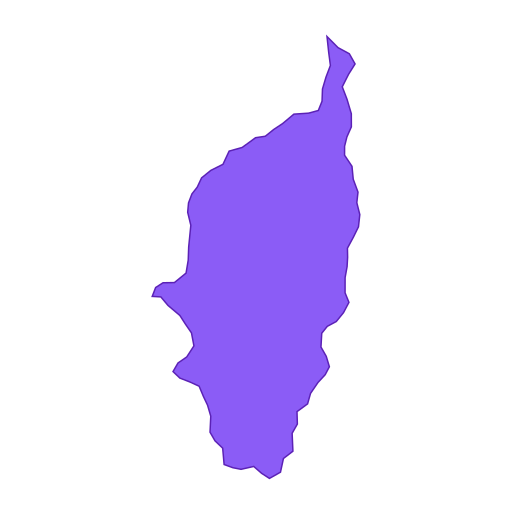 outline of Osasco, São Paulo, Brazil, rotated 182°
{"feature_id": "56859067B92570166670782", "entity_name": "Osasco", "entity_type": "district", "adm_level": 2, "iso_a3": "BRA", "parent_name": "Brazil", "parent_adm1": "São Paulo", "projection": "mercator", "projection_center": [-46.791, -23.535], "detail": "fine", "context": "isolated", "style": "filled", "palette": "violet", "viewbox_px": 512, "rotation_deg": 182, "n_neighbors": 0, "source": "geoboundaries", "source_scale": "gbopen_adm2", "svg_char_len": 1308}
<svg xmlns="http://www.w3.org/2000/svg" viewBox="0 0 512 512"><g transform="rotate(182 256 256)"><path d="M161.5,212.9L165.7,222.3L166.2,237.5L164.6,248.5L164.4,258.0L164.9,267.0L159.3,278.3L154.6,288.8L153.7,301.0L157.1,312.8L156.3,323.4L161.5,336.1L163.2,349.0L171.0,359.8L171.3,368.8L169.3,378.2L165.2,388.4L165.7,401.5L170.5,415.8L175.7,428.1L169.8,440.9L163.7,451.4L169.8,461.4L181.3,467.1L192.7,477.8L190.5,462.3L188.3,449.0L192.3,437.2L195.4,425.2L195.4,413.0L198.8,403.6L208.4,400.6L223.1,399.1L234.0,389.3L242.8,383.0L250.9,376.0L260.6,374.2L273.6,364.0L286.5,359.9L292.2,346.5L304.1,340.0L313.1,332.2L317.1,322.8L322.2,315.8L325.3,306.7L325.8,297.3L322.2,284.4L323.6,262.6L323.6,249.5L325.3,236.5L336.6,226.6L348.0,226.0L355.2,221.0L358.3,212.0L349.7,211.8L342.2,203.5L330.0,193.9L324.1,185.4L317.8,176.9L314.9,164.0L321.7,152.7L330.2,146.4L334.9,137.6L327.8,131.3L318.0,127.9L308.3,123.9L303.6,113.7L299.2,105.2L295.6,94.3L295.8,78.3L290.5,69.8L282.6,62.8L280.6,46.5L271.7,43.6L263.5,42.3L250.9,45.6L242.8,39.0L234.8,34.2L224.0,40.8L221.5,54.6L212.3,62.2L213.7,80.1L208.8,89.5L209.6,101.9L199.3,110.0L196.7,120.6L189.6,131.8L182.7,139.8L178.8,147.9L182.3,158.2L187.9,167.3L187.6,181.1L182.3,188.2L173.5,193.3L166.6,202.4L161.5,212.9Z" fill="#8b5cf6" stroke="#5b21b6" stroke-width="1.5"/></g></svg>